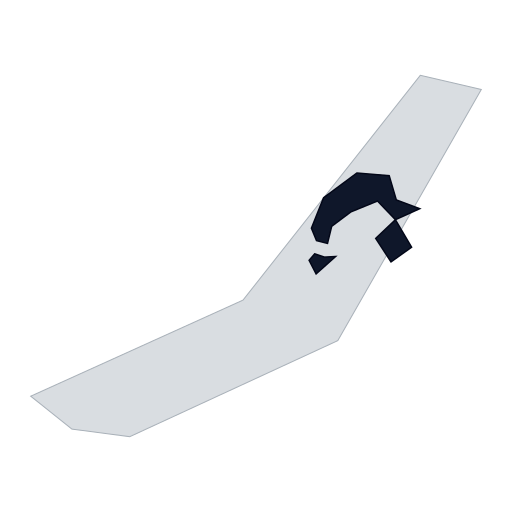 Bermuda, with Hamilton highlighted
{"feature_id": "BMU-5137", "entity_name": "Hamilton", "entity_type": "state/province", "adm_level": 1, "iso_a3": "BMU", "parent_name": "Bermuda", "parent_adm1": "", "projection": "natural_earth1", "projection_center": [-64.722, 32.335], "detail": "fine", "context": "in_parent", "style": "filled", "palette": "ink", "viewbox_px": 512, "rotation_deg": 0, "n_neighbors": 0, "source": "natural_earth", "source_scale": "10m", "svg_char_len": 576}
<svg xmlns="http://www.w3.org/2000/svg" viewBox="0 0 512 512"><path d="M337.8,340.6L129.7,436.7L71.9,429.1L30.7,396.2L243.0,300.1L420.3,75.3L481.3,89.5L337.8,340.6Z" fill="#d9dde1" stroke="#a8b0b8" stroke-width="1"/><path d="M395.4,219.7L377.5,201.0L350.9,211.9L331.7,226.3L327.5,243.4L316.5,240.6L311.4,228.2L323.6,197.7L356.9,173.0L389.2,175.7L396.3,199.9L419.7,208.7L395.4,219.7ZM375.7,238.4L395.4,219.7L411.6,247.2L391.0,261.9L375.7,238.4ZM309.1,260.3L314.7,253.8L324.5,257.1L335.6,256.5L316.1,273.9L309.1,260.3Z" fill="#0f172a" stroke="#020617" stroke-width="1.5"/></svg>